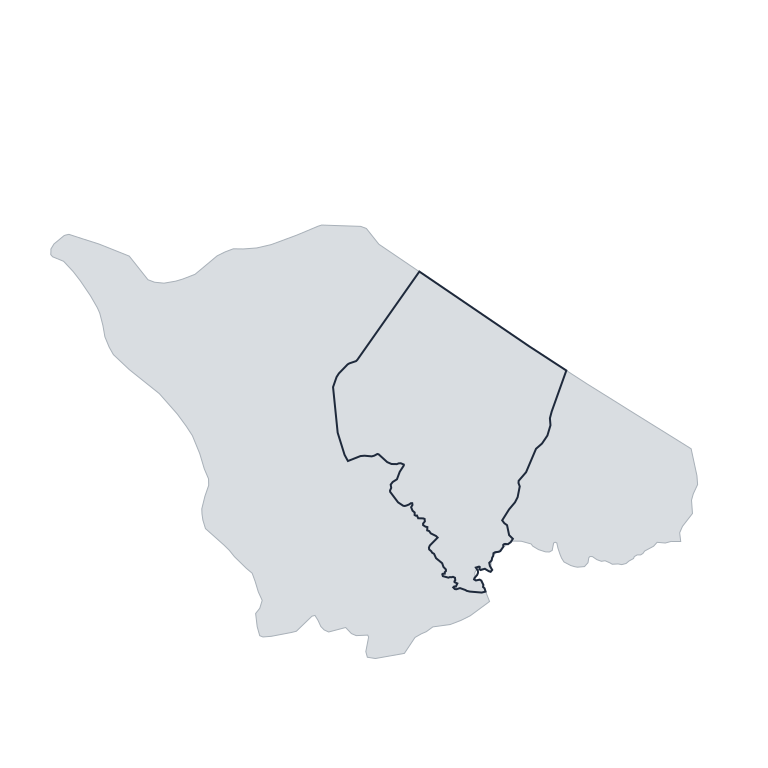 where Homs (Hims) sits in Syria, rotated 248°
{"feature_id": "SYR-139", "entity_name": "Homs (Hims)", "entity_type": "Province", "adm_level": 1, "iso_a3": "SYR", "parent_name": "Syria", "parent_adm1": "", "projection": "equal_earth", "projection_center": [37.187, 34.261], "detail": "medium", "context": "in_parent", "style": "outline", "palette": "slate", "viewbox_px": 768, "rotation_deg": 248, "n_neighbors": 0, "source": "natural_earth", "source_scale": "10m", "svg_char_len": 4104}
<svg xmlns="http://www.w3.org/2000/svg" viewBox="0 0 768 768"><g transform="rotate(248 384 384)"><path d="M136.9,266.2L142.7,266.9L155.2,275.0L157.3,274.8L161.1,264.0L164.8,260.3L172.6,257.2L174.8,239.8L178.4,236.4L182.8,234.6L189.5,234.3L195.3,233.3L195.7,230.2L187.6,210.1L188.3,205.1L192.3,184.9L194.8,177.0L197.2,174.5L206.4,175.5L219.3,179.0L222.6,184.8L229.0,190.0L238.4,189.6L249.3,190.6L257.9,190.9L264.7,187.3L280.0,180.6L287.7,178.3L294.6,175.3L316.8,164.3L325.7,165.1L331.8,166.6L336.5,168.3L347.0,175.9L355.7,183.5L361.8,185.8L372.7,185.6L388.5,187.1L407.9,187.0L419.1,184.8L433.6,181.1L459.2,172.1L492.8,153.2L512.6,144.1L521.1,143.0L532.3,142.9L543.5,145.3L556.2,147.0L562.0,146.8L575.7,144.9L593.4,141.1L604.5,138.0L617.8,132.9L626.1,124.4L628.8,123.5L632.3,125.1L633.9,125.7L637.5,130.5L641.4,142.9L641.4,144.3L640.8,147.9L632.2,158.1L620.6,172.1L612.2,180.9L598.0,195.7L587.2,198.9L569.1,204.2L564.3,209.4L559.9,217.8L557.4,229.3L556.7,236.5L556.5,249.9L561.0,263.9L565.3,277.2L566.0,286.1L565.8,294.9L561.9,304.2L557.8,317.0L555.5,331.6L554.7,358.8L555.0,382.0L554.7,385.8L547.4,402.2L538.9,421.4L534.8,425.9L515.5,431.6L494.5,445.7L470.9,461.5L449.5,475.8L427.0,490.9L403.7,506.5L386.9,517.7L364.5,532.7L344.1,547.0L323.4,561.5L307.6,572.6L283.6,590.1L269.5,600.3L248.8,615.4L230.6,628.7L208.9,644.5L181.8,639.8L173.3,637.1L166.3,629.6L161.1,625.6L148.4,621.5L140.2,607.4L135.3,602.4L126.8,600.1L130.5,591.1L131.2,585.2L134.9,577.9L132.6,573.2L131.5,563.1L129.9,560.6L129.4,557.9L130.7,554.7L130.2,551.4L128.7,550.0L128.1,544.9L126.9,541.2L127.5,536.7L129.4,533.8L131.4,528.1L133.6,526.4L137.3,522.8L138.2,519.1L141.5,515.5L145.9,512.6L146.9,510.2L146.2,508.8L141.9,506.2L139.6,501.5L141.7,494.7L143.1,492.5L145.7,489.2L151.6,484.2L156.1,483.4L160.1,483.4L166.7,483.8L171.9,484.7L173.2,483.4L173.0,481.7L166.7,477.6L166.3,474.4L167.9,470.8L172.5,465.3L177.9,461.2L180.6,460.5L186.8,452.4L190.7,443.2L184.4,421.1L180.6,417.5L174.3,414.5L170.6,414.0L170.4,412.6L175.3,407.0L178.8,402.1L175.0,397.4L168.1,395.3L165.5,400.1L156.6,400.5L142.8,400.4L136.8,377.1L136.0,367.0L136.2,355.3L140.5,338.3L138.5,330.4L138.4,325.1L137.4,317.8L126.6,302.0L132.7,273.2L136.9,266.2Z" fill="#d9dde1" stroke="#a8b0b8" stroke-width="1"/><path d="M175.5,401.1L173.7,400.4L172.1,398.9L170.2,395.2L169.1,394.3L167.4,395.6L166.8,399.4L165.3,400.6L160.5,400.9L158.7,399.8L156.9,400.7L153.5,400.4L154.0,396.5L159.4,385.8L161.3,383.1L162.4,382.4L166.3,378.0L166.6,374.1L167.4,372.8L169.5,372.0L170.0,373.3L169.2,374.7L171.6,377.3L173.8,375.2L174.7,375.4L175.4,376.6L177.8,377.2L179.4,375.7L179.5,374.3L180.3,372.7L180.3,371.2L183.8,366.6L185.8,366.8L186.0,367.5L185.4,369.3L186.8,369.9L187.4,371.4L188.9,371.9L192.1,370.6L196.0,370.8L203.0,367.0L207.8,366.8L209.6,365.4L211.2,365.2L213.7,363.9L215.5,364.4L217.1,366.0L221.5,376.2L223.6,375.3L228.0,371.4L230.7,370.8L232.1,369.2L235.1,370.6L236.2,369.0L238.5,367.4L240.0,368.0L241.3,370.4L243.7,371.1L244.7,370.0L246.7,365.4L249.7,365.3L250.0,364.1L251.0,363.3L253.4,364.3L255.8,363.0L259.6,363.0L261.2,365.1L262.9,365.5L263.4,364.3L262.9,362.1L262.9,359.4L263.1,357.6L263.9,356.2L269.0,352.7L281.7,349.3L283.0,349.7L285.0,351.8L288.2,352.5L289.9,355.4L290.8,360.3L296.7,365.7L301.0,371.8L301.9,372.2L304.2,369.9L304.9,368.0L304.9,365.9L307.0,361.0L310.4,357.7L320.8,352.7L321.6,351.6L321.2,348.1L321.5,345.5L324.8,339.1L326.0,335.2L326.1,321.7L333.1,320.9L356.2,322.8L400.2,335.6L408.2,342.6L410.7,346.1L415.8,357.6L416.1,359.6L415.7,366.7L416.4,368.3L475.0,458.9L364.6,532.7L328.2,558.1L295.7,529.2L290.1,525.0L283.4,522.9L275.0,516.2L269.6,508.2L267.0,500.7L249.0,482.7L243.8,472.6L241.8,471.6L238.2,471.5L229.0,465.5L225.2,461.1L220.9,453.0L213.3,442.5L209.9,443.4L207.0,445.2L197.0,443.4L192.2,445.5L189.9,442.3L189.0,438.9L190.4,436.3L190.5,435.0L190.1,434.2L188.5,433.8L185.5,429.3L185.4,427.6L186.4,424.1L186.1,422.1L183.7,420.9L182.5,419.3L180.1,417.7L178.8,414.6L175.6,414.0L171.1,414.7L169.9,412.5L171.2,411.0L174.9,408.3L175.3,403.9L176.5,403.1L178.5,404.2L179.1,403.7L179.4,400.4L175.5,401.1Z" fill="none" stroke="#1e293b" stroke-width="2"/></g></svg>